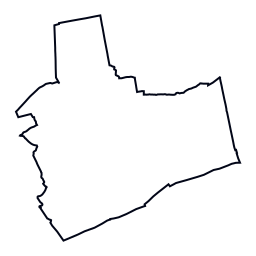 outline of Prundu, Giurgiu, Romania
{"feature_id": "2599482B89662234668465", "entity_name": "Prundu", "entity_type": "district", "adm_level": 2, "iso_a3": "ROU", "parent_name": "Romania", "parent_adm1": "Giurgiu", "projection": "mercator", "projection_center": [26.231, 44.069], "detail": "fine", "context": "isolated", "style": "outline", "palette": "ink", "viewbox_px": 256, "rotation_deg": 0, "n_neighbors": 0, "source": "geoboundaries", "source_scale": "gbopen_adm2", "svg_char_len": 5419}
<svg xmlns="http://www.w3.org/2000/svg" viewBox="0 0 256 256"><path d="M63.5,240.6L65.7,239.7L78.0,234.5L84.6,231.3L94.6,227.7L102.4,223.5L107.1,220.6L109.0,219.9L110.2,219.6L110.2,219.0L113.5,218.5L114.9,218.2L118.7,217.3L126.5,214.0L136.2,209.1L143.7,206.4L145.1,206.0L144.6,204.3L145.2,203.8L148.5,201.1L153.3,196.4L158.0,192.5L160.7,190.4L168.5,184.3L169.9,186.3L174.3,184.0L174.4,183.9L176.1,183.0L186.5,180.1L197.7,176.8L203.6,174.9L203.9,174.8L213.6,170.0L219.5,168.7L228.6,165.2L229.4,164.8L231.7,163.8L233.9,163.3L235.9,162.8L240.0,162.7L238.2,158.4L236.6,153.2L237.0,153.0L236.1,150.0L235.5,150.3L235.3,150.3L235.2,150.0L234.6,148.2L234.4,147.8L234.3,147.3L233.8,145.1L233.2,141.9L231.9,135.7L230.6,129.6L229.3,123.2L227.0,112.0L226.7,111.4L226.5,110.6L226.4,109.0L225.6,104.8L224.3,99.1L223.4,94.7L222.4,90.0L221.7,86.3L220.9,82.7L220.5,81.0L219.9,77.7L220.0,77.5L219.8,77.3L219.3,77.7L212.9,82.6L208.1,85.3L208.2,83.8L208.2,83.7L204.2,83.7L203.6,83.7L201.8,83.5L201.4,83.5L200.9,83.3L200.5,83.4L200.0,83.5L199.9,83.7L199.1,84.4L198.4,84.9L198.0,85.1L197.0,85.9L196.3,86.5L195.4,86.9L194.8,87.1L193.3,87.6L192.6,87.9L191.4,88.5L191.0,88.6L190.5,88.7L190.2,88.8L188.8,89.1L188.6,89.3L187.4,89.9L187.0,90.1L185.1,91.3L184.9,91.5L184.2,92.2L183.7,92.7L183.4,92.8L182.5,92.9L181.7,92.9L180.2,93.2L179.7,93.4L179.4,93.3L178.4,92.9L178.1,92.8L177.9,92.8L177.6,92.8L176.9,92.9L176.4,93.0L176.0,93.4L175.5,94.3L175.2,94.3L174.8,94.5L174.4,94.7L174.1,94.8L173.8,94.8L172.9,94.8L172.5,94.8L170.6,94.7L169.7,94.6L169.0,94.5L168.6,94.5L168.2,94.6L167.1,94.7L166.5,94.7L166.3,94.6L165.9,94.4L165.6,94.3L165.3,94.3L165.0,94.2L164.7,94.2L163.9,94.3L163.4,94.4L162.6,94.4L162.1,94.3L161.2,94.3L160.4,94.3L159.9,94.3L159.5,94.4L159.0,94.4L157.8,94.4L157.4,94.5L157.0,94.7L156.6,94.8L155.9,94.9L155.7,94.8L155.1,94.6L154.9,94.6L154.5,94.6L154.0,94.7L153.2,94.6L152.4,94.5L150.6,94.5L149.8,94.4L149.4,94.3L148.1,94.6L147.7,94.6L147.2,94.6L146.4,94.7L145.9,94.7L145.6,94.6L145.2,94.5L144.7,94.5L144.4,94.7L144.1,94.7L143.8,94.7L143.8,91.2L143.7,91.2L142.2,91.1L141.4,91.2L141.2,91.3L137.9,91.8L137.5,91.9L137.1,92.0L136.9,91.0L136.2,86.8L136.1,86.0L135.4,81.9L135.1,80.2L134.8,77.7L134.0,77.6L133.7,77.4L132.5,77.0L131.6,76.8L130.8,76.7L129.7,76.9L128.9,77.0L126.9,77.0L126.6,77.1L126.1,77.1L124.9,77.4L122.2,78.1L121.7,78.2L120.9,78.3L120.1,78.2L119.2,78.3L119.0,77.0L118.9,76.8L118.8,76.6L118.4,76.3L116.9,75.6L116.2,75.3L116.1,75.2L115.9,75.1L115.8,74.9L115.7,74.7L116.0,70.4L115.4,69.9L114.2,69.4L114.2,68.4L114.4,67.8L114.5,67.3L114.2,66.9L113.8,66.7L112.5,66.5L111.1,65.6L109.5,65.3L107.7,55.7L107.6,55.2L107.5,54.3L104.9,40.8L104.6,39.2L102.4,26.8L102.1,25.7L100.3,15.4L94.5,16.5L85.6,18.3L82.6,18.8L79.7,19.3L72.4,20.6L65.9,21.8L59.0,23.1L59.0,24.0L56.9,24.6L54.4,25.3L54.4,26.2L55.0,42.5L55.2,47.9L55.2,50.4L55.4,54.3L55.4,55.1L55.5,57.1L55.6,60.9L55.7,68.2L55.8,72.1L56.0,77.6L57.5,80.2L58.1,81.2L58.7,82.4L58.9,82.6L58.8,82.8L57.9,82.2L57.5,82.1L57.1,82.1L56.7,82.1L55.4,82.5L52.9,83.3L52.5,83.4L52.2,83.5L51.9,83.4L50.8,83.1L50.6,83.0L50.4,83.0L50.1,83.0L49.6,83.1L46.0,83.9L45.6,84.1L43.8,85.4L42.3,86.3L40.2,87.3L39.6,87.6L39.2,87.9L37.4,89.5L36.9,90.1L36.2,90.7L32.6,94.1L32.0,94.6L29.9,96.6L27.0,99.8L25.6,101.4L19.1,108.4L18.1,109.6L16.0,111.7L16.8,113.6L18.3,117.2L22.6,116.1L30.9,114.0L32.8,117.1L33.2,117.2L33.7,117.2L34.1,117.2L34.4,119.1L34.7,119.9L35.2,120.8L35.6,121.1L35.7,121.4L35.8,121.7L35.9,121.8L36.0,123.0L36.1,123.4L36.3,123.8L37.0,125.0L35.8,125.5L35.7,125.6L34.1,126.6L31.2,127.6L29.5,128.6L27.8,130.1L27.6,130.2L27.2,130.5L27.0,130.8L25.9,131.5L25.6,131.6L25.1,131.8L24.5,132.0L23.9,132.2L23.5,132.4L23.2,132.7L22.9,133.3L22.6,133.7L22.4,134.1L22.2,134.4L21.7,134.6L21.1,134.9L20.4,135.1L20.0,135.7L20.3,135.8L20.8,135.9L22.1,135.9L22.5,136.0L23.1,136.1L23.6,136.4L23.9,136.5L24.2,137.1L24.6,137.5L24.8,137.8L25.0,138.2L25.1,138.3L25.5,138.4L27.8,140.8L28.7,141.7L29.7,142.5L31.4,143.8L32.7,144.5L33.7,144.9L34.4,145.1L35.4,145.3L36.7,145.5L37.1,145.6L37.6,145.8L37.4,145.8L37.1,146.9L36.8,147.6L36.5,148.0L35.9,150.2L35.8,150.4L34.0,151.6L33.6,152.1L33.5,152.4L33.5,152.5L33.5,152.8L33.7,153.5L33.3,155.6L36.7,162.5L36.8,162.9L36.8,163.0L37.6,164.8L41.0,171.6L41.0,171.9L41.0,172.0L41.3,172.5L41.5,172.7L41.5,173.4L41.6,173.9L41.6,174.5L41.5,175.5L41.3,176.2L41.3,176.6L41.3,176.9L41.3,177.2L41.4,177.4L41.5,177.7L41.7,177.9L41.9,178.1L42.5,178.5L42.7,178.8L43.3,180.2L43.8,181.1L43.9,181.4L44.0,181.4L44.2,181.8L44.2,182.1L44.1,182.5L43.9,182.8L43.7,183.0L43.4,183.6L43.2,183.7L43.3,184.0L43.7,184.5L45.6,186.6L45.9,186.5L46.1,186.6L46.3,186.7L46.5,186.8L46.6,187.0L46.6,187.3L46.3,187.7L46.2,187.7L46.2,187.9L45.9,188.4L45.5,189.7L45.2,190.3L44.3,191.9L43.9,192.4L42.8,193.9L42.1,194.7L40.7,195.7L40.4,195.8L40.0,196.0L39.7,196.1L38.7,196.2L38.2,196.3L37.8,196.5L37.7,196.6L37.6,196.8L37.6,197.0L37.6,198.1L37.7,198.3L37.8,198.4L38.8,199.9L39.4,200.8L40.0,201.8L40.6,202.4L40.9,202.6L41.9,203.4L42.1,203.7L42.3,204.0L42.4,204.4L42.4,204.7L42.3,205.0L42.1,205.2L42.0,205.4L41.8,205.5L41.6,205.6L40.7,205.8L40.2,206.0L39.8,206.1L39.6,206.2L39.5,206.3L39.6,206.5L39.4,206.9L39.4,207.0L39.5,207.1L39.6,207.3L40.0,207.3L40.4,207.3L40.6,207.3L40.8,207.6L40.9,207.8L40.8,208.0L40.6,208.4L40.7,208.6L47.3,218.5L48.1,218.8L49.6,219.7L50.0,219.8L50.5,219.8L50.8,219.9L51.1,220.2L50.9,221.3L50.7,222.3L50.4,222.7L52.2,225.7L57.2,231.6L63.5,240.6Z" fill="none" stroke="#020617" stroke-width="2"/></svg>